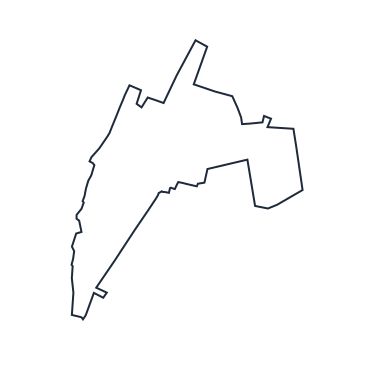 City of Tomok, Chuy, Kyrgyzstan, rotated 283°
{"feature_id": "92254566B71058624193805", "entity_name": "City of Tomok", "entity_type": "district", "adm_level": 2, "iso_a3": "KGZ", "parent_name": "Kyrgyzstan", "parent_adm1": "Chuy", "projection": "natural_earth1", "projection_center": [75.292, 42.818], "detail": "fine", "context": "isolated", "style": "outline", "palette": "slate", "viewbox_px": 384, "rotation_deg": 283, "n_neighbors": 0, "source": "geoboundaries", "source_scale": "gbopen_adm2", "svg_char_len": 1321}
<svg xmlns="http://www.w3.org/2000/svg" viewBox="0 0 384 384"><g transform="rotate(283 192 192)"><path d="M43.4,114.4L47.4,116.0L50.4,116.5L59.6,117.6L71.6,119.1L69.0,129.3L74.8,131.6L77.2,120.2L78.0,120.5L108.8,132.5L127.1,139.2L140.8,144.3L142.2,144.8L164.3,153.4L177.6,158.4L181.4,159.6L183.5,159.8L184.1,160.5L184.8,161.3L185.9,162.4L185.5,163.1L185.9,166.1L186.0,169.7L190.8,169.7L191.4,170.4L191.2,172.3L191.0,174.6L194.8,175.4L197.2,176.0L198.6,176.4L198.7,181.0L198.6,185.7L198.6,195.4L201.4,195.9L203.9,202.0L217.9,201.9L236.0,238.7L192.6,256.6L193.0,269.7L198.7,277.8L218.8,299.3L259.8,283.3L276.4,276.6L272.2,251.0L281.2,252.5L282.3,245.1L275.7,245.0L271.8,233.4L269.4,225.5L275.5,223.2L284.0,217.6L294.4,209.7L295.1,191.5L297.3,169.5L337.0,174.1L340.6,161.3L302.0,150.8L272.3,144.3L273.3,135.8L274.1,127.6L263.1,123.8L265.5,118.2L279.7,119.4L281.9,107.1L271.5,104.8L265.5,103.9L259.4,102.8L248.9,101.2L237.9,99.4L231.1,98.4L228.0,97.4L225.0,96.3L213.8,91.9L203.3,86.2L198.8,85.3L197.9,88.7L196.3,90.8L185.5,90.1L179.6,88.4L171.4,87.9L163.9,88.2L158.5,87.5L157.3,88.9L150.7,88.1L143.8,84.7L140.0,85.5L138.7,88.5L128.2,93.3L125.5,88.5L111.8,87.3L107.8,90.5L100.1,91.2L94.0,91.0L92.9,92.4L81.0,94.3L67.2,99.1L45.2,102.6L45.1,112.1L44.7,113.0L43.4,114.4Z" fill="none" stroke="#1e293b" stroke-width="2"/></g></svg>